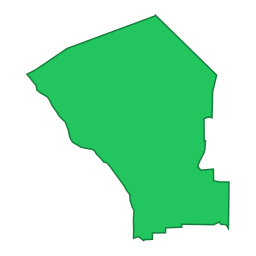 Kuala Selangor, Selangor, Malaysia (Albers equal-area conic projection)
{"feature_id": "92858781B52521968148522", "entity_name": "Kuala Selangor", "entity_type": "district", "adm_level": 2, "iso_a3": "MYS", "parent_name": "Malaysia", "parent_adm1": "Selangor", "projection": "albers", "projection_center": [101.325, 3.38], "detail": "fine", "context": "isolated", "style": "filled", "palette": "green", "viewbox_px": 256, "rotation_deg": 0, "n_neighbors": 0, "source": "geoboundaries", "source_scale": "gbopen_adm2", "svg_char_len": 1066}
<svg xmlns="http://www.w3.org/2000/svg" viewBox="0 0 256 256"><path d="M27.0,74.2L36.1,85.5L36.9,90.0L40.2,92.7L47.4,96.9L49.8,100.4L51.8,104.9L54.5,108.8L57.2,112.7L59.6,116.5L62.6,119.5L65.2,121.9L68.5,130.5L69.4,135.3L70.3,138.3L72.4,141.8L73.0,142.4L81.0,147.2L86.7,148.4L91.7,149.3L94.4,150.5L96.5,154.1L99.5,157.0L103.9,162.1L106.6,162.7L109.0,165.1L123.6,185.0L126.3,189.8L129.9,194.9L130.2,200.8L132.2,206.8L134.0,210.1L133.4,220.8L133.7,230.6L133.5,238.3L138.3,236.5L143.7,240.6L144.3,239.7L152.4,239.3L152.4,233.0L165.5,232.8L165.7,227.8L181.7,227.2L181.7,224.2L195.1,224.4L213.7,224.7L216.8,223.2L219.5,222.1L221.0,224.4L224.2,224.4L226.1,224.7L228.4,228.4L228.7,206.3L229.0,182.0L219.7,182.0L213.6,180.7L213.4,169.1L200.8,170.2L199.3,168.3L197.7,167.0L198.5,164.1L200.0,160.3L201.7,157.5L202.7,155.2L204.0,152.9L204.8,149.8L205.5,140.7L204.2,140.7L204.0,118.9L205.0,118.2L206.5,117.6L210.3,117.0L212.0,117.8L212.0,117.4L212.6,91.9L216.6,75.1L155.6,15.4L155.6,15.7L67.1,48.5L35.5,69.9L27.0,74.2Z" fill="#22c55e" stroke="#15803d" stroke-width="1.5"/></svg>